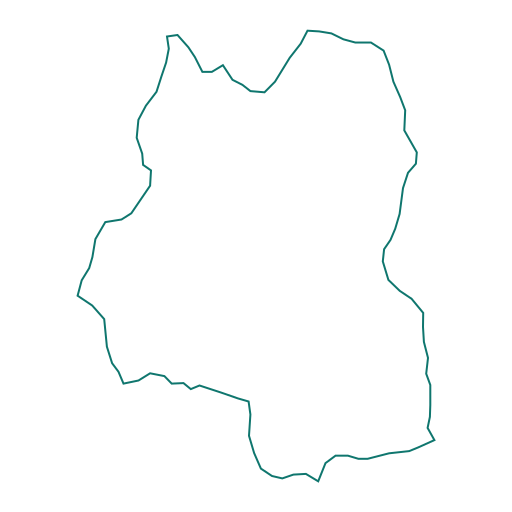 outline of Taiaçu, São Paulo, Brazil
{"feature_id": "56859067B95605484222481", "entity_name": "Taiaçu", "entity_type": "district", "adm_level": 2, "iso_a3": "BRA", "parent_name": "Brazil", "parent_adm1": "São Paulo", "projection": "equal_earth", "projection_center": [-48.531, -21.132], "detail": "fine", "context": "isolated", "style": "outline", "palette": "teal", "viewbox_px": 512, "rotation_deg": 0, "n_neighbors": 0, "source": "geoboundaries", "source_scale": "gbopen_adm2", "svg_char_len": 1304}
<svg xmlns="http://www.w3.org/2000/svg" viewBox="0 0 512 512"><path d="M167.0,36.5L168.8,48.7L166.1,62.6L161.5,76.2L156.5,91.8L145.9,105.7L138.4,119.8L136.7,137.8L142.2,153.6L143.1,164.9L151.0,170.4L150.1,185.7L131.3,213.3L121.5,219.5L105.3,222.1L95.4,239.1L92.4,257.1L89.2,268.1L81.7,280.3L77.6,295.7L92.2,305.5L104.2,319.1L106.9,346.7L112.1,363.2L118.5,371.8L123.5,383.6L138.5,380.5L150.1,373.3L164.4,376.1L171.7,383.6L183.5,383.1L190.8,389.1L199.5,385.5L220.6,392.4L237.9,398.4L248.6,401.5L250.4,414.5L249.0,435.8L254.1,453.0L260.9,468.6L272.0,476.0L282.3,478.4L293.4,474.6L305.9,473.9L318.2,481.3L325.5,463.1L335.5,455.7L348.0,455.7L358.4,458.8L367.6,458.8L389.1,453.3L409.2,451.1L418.0,447.5L434.4,440.1L427.6,427.9L429.9,416.9L430.3,405.1L430.3,385.0L426.2,373.7L428.0,357.9L423.9,341.9L423.0,327.0L423.2,312.9L411.6,298.8L399.8,290.9L388.4,279.9L382.8,261.4L384.1,249.2L390.5,239.9L395.2,228.8L399.6,214.0L403.0,188.1L408.0,172.8L415.9,163.7L416.8,152.4L404.3,130.4L405.2,110.3L400.2,97.1L393.4,81.7L389.1,64.7L383.6,50.6L370.9,42.5L355.2,42.5L343.4,39.3L331.4,33.4L319.1,31.4L307.5,30.7L300.7,43.7L289.7,57.8L275.0,81.7L264.5,92.3L250.4,91.1L242.5,84.9L232.5,79.8L222.9,65.2L211.8,71.9L202.4,71.9L194.9,57.1L188.4,47.3L177.5,35.0L167.0,36.5Z" fill="none" stroke="#0f766e" stroke-width="2"/></svg>